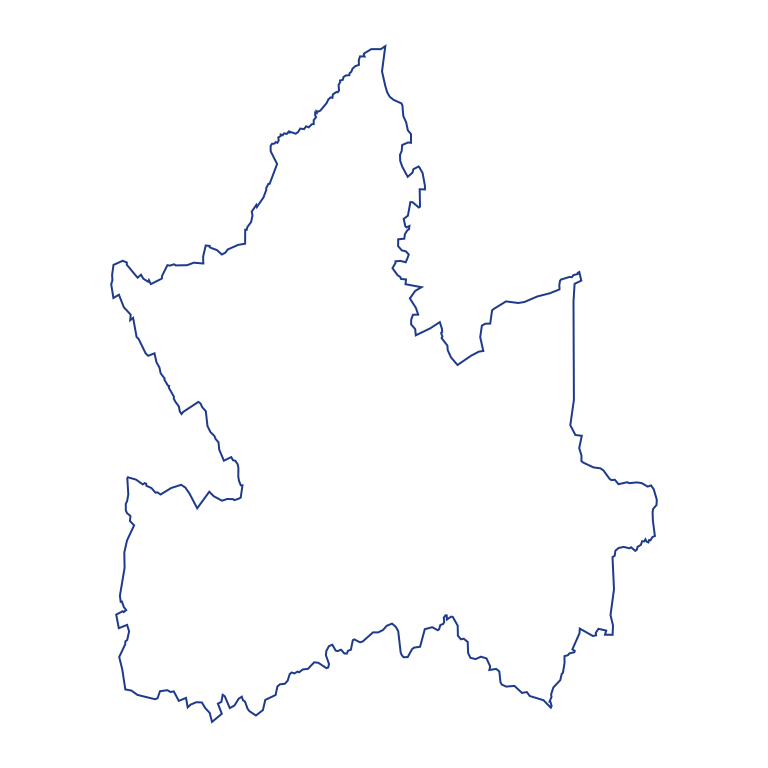 the district of Makarfi, Kaduna, Nigeria
{"feature_id": "59680162B77220990792423", "entity_name": "Makarfi", "entity_type": "district", "adm_level": 2, "iso_a3": "NGA", "parent_name": "Nigeria", "parent_adm1": "Kaduna", "projection": "equal_earth", "projection_center": [7.915, 11.329], "detail": "fine", "context": "isolated", "style": "outline", "palette": "blue", "viewbox_px": 768, "rotation_deg": 0, "n_neighbors": 0, "source": "geoboundaries", "source_scale": "gbopen_adm2", "svg_char_len": 6095}
<svg xmlns="http://www.w3.org/2000/svg" viewBox="0 0 768 768"><path d="M173.8,691.4L178.8,700.9L186.0,697.9L187.7,707.4L190.6,704.6L196.4,702.2L201.9,702.5L205.1,707.9L209.7,712.9L212.0,721.9L221.8,713.8L217.9,703.7L221.4,701.8L222.7,694.8L224.8,696.3L229.8,708.1L234.5,705.5L238.6,698.8L241.8,696.7L242.9,700.1L245.0,701.6L247.6,708.8L249.5,711.2L255.9,715.5L262.9,710.1L265.3,699.9L275.6,695.0L277.4,686.5L280.0,684.3L284.8,683.8L287.7,680.6L289.7,674.1L291.6,672.5L294.5,673.4L297.5,671.6L299.1,672.3L302.9,669.4L307.9,668.9L314.2,662.3L318.3,662.8L326.4,668.1L328.2,667.5L329.0,664.0L325.9,655.2L326.3,651.1L328.9,646.2L332.3,644.7L335.7,650.6L337.6,651.1L341.0,649.7L344.4,653.5L346.8,653.6L348.0,650.8L350.9,649.7L352.8,640.2L354.3,639.4L360.0,642.3L362.7,641.5L373.0,632.4L378.2,632.4L383.0,630.0L386.7,625.8L392.0,623.6L395.7,626.7L398.2,631.1L400.7,652.7L401.9,655.3L403.5,657.2L407.7,657.1L411.9,649.4L413.9,647.7L420.1,646.7L424.8,629.2L432.2,627.2L437.7,630.2L439.0,629.4L440.4,625.0L443.1,624.0L444.2,622.3L443.8,617.6L445.5,615.3L446.7,615.4L446.9,619.5L451.2,616.6L452.8,617.0L457.7,625.7L457.9,635.7L460.9,639.3L463.7,638.7L467.7,641.9L468.1,653.0L470.4,657.8L475.6,659.1L480.9,656.7L486.5,658.4L490.2,666.4L489.4,670.0L496.1,668.9L499.3,671.4L500.5,682.3L501.7,684.5L506.2,686.6L514.4,685.9L522.0,692.9L526.9,692.1L529.7,696.0L543.5,700.2L550.8,707.7L551.6,706.1L550.5,702.0L549.5,701.6L551.5,697.0L551.1,694.3L553.4,687.4L560.3,680.1L561.7,674.0L562.9,672.8L564.5,663.5L564.5,656.1L567.9,655.2L569.4,653.4L574.4,652.2L574.7,650.8L572.4,649.3L579.5,633.3L579.8,628.6L592.9,636.0L596.1,635.3L595.8,632.7L598.5,628.8L606.2,630.6L605.0,634.7L612.6,634.8L613.0,625.5L610.5,615.0L614.0,589.3L612.5,557.1L614.7,555.7L615.4,550.7L618.6,548.0L623.6,546.9L629.5,548.3L631.1,547.3L635.3,550.9L637.0,549.5L637.4,547.0L640.8,544.9L642.2,541.2L644.3,541.4L645.4,539.3L646.7,541.6L648.4,542.4L649.2,540.0L650.4,540.3L652.5,537.0L654.9,536.0L652.9,520.8L652.6,511.8L653.2,508.8L656.5,505.0L656.8,499.7L653.7,489.2L651.0,485.4L647.7,486.6L641.7,483.1L636.8,482.4L629.2,483.2L627.3,482.2L618.5,484.2L614.9,479.8L611.5,480.1L609.7,479.0L603.4,470.4L600.4,468.3L593.4,467.4L582.9,462.4L581.4,461.1L581.5,455.7L579.2,448.1L581.8,435.8L575.4,435.0L570.3,425.2L573.9,399.9L573.5,301.2L574.6,283.8L581.3,280.6L579.3,272.0L577.7,272.9L577.6,274.1L573.4,275.1L571.9,277.2L569.3,277.0L560.9,279.6L560.0,280.9L559.3,285.2L559.5,289.4L549.7,293.3L537.2,296.5L524.4,302.0L518.2,303.0L506.0,301.4L494.0,308.8L492.1,310.3L490.2,323.6L485.3,323.7L481.9,325.6L480.2,337.1L483.3,351.0L478.9,351.6L471.1,355.7L457.5,365.0L450.9,357.2L447.7,350.1L447.4,345.6L441.6,338.1L442.4,336.6L441.1,333.0L442.2,331.9L441.9,328.6L439.8,322.1L430.3,328.3L415.8,335.3L415.2,329.1L411.1,324.4L411.2,319.7L412.9,314.8L418.2,314.6L415.9,307.9L409.9,298.4L415.2,290.9L421.5,287.2L405.5,284.2L406.0,279.4L401.1,279.0L400.2,276.9L397.6,275.2L392.5,268.2L395.5,262.9L395.5,261.3L400.5,260.9L405.7,262.3L407.5,258.0L408.8,254.5L405.8,251.3L401.8,250.4L398.1,246.1L398.2,239.3L404.3,238.7L404.9,234.2L407.4,230.2L409.0,229.3L409.4,226.0L406.5,227.4L405.3,226.2L403.7,218.9L407.9,215.7L410.4,202.1L412.6,202.2L418.8,207.5L420.0,206.7L419.7,189.3L425.0,189.4L424.9,185.6L422.6,173.1L419.3,167.2L418.6,166.5L413.4,169.2L412.5,172.6L407.7,176.8L402.3,166.8L400.2,160.9L400.0,154.8L401.7,151.0L402.2,145.0L408.0,142.5L411.0,142.8L411.0,134.2L407.8,130.2L406.2,122.5L403.3,116.0L402.4,105.4L401.4,103.4L393.5,99.8L389.8,96.8L387.3,92.6L385.3,86.0L382.0,71.4L385.3,46.1L380.9,49.1L371.3,49.1L364.2,53.4L363.7,54.6L364.6,56.5L360.0,56.4L358.8,60.1L358.9,64.9L355.2,66.2L352.5,68.7L351.3,71.8L349.6,73.2L349.3,75.2L345.8,75.5L343.5,77.0L342.8,79.8L340.0,80.5L340.2,82.0L338.6,85.0L339.0,90.5L337.7,92.3L336.4,92.0L332.9,94.4L332.4,97.8L330.6,97.4L328.4,99.4L326.6,103.1L320.3,110.6L317.8,111.8L316.5,111.0L316.6,113.1L315.2,112.5L315.1,115.2L316.1,117.1L313.7,120.2L313.7,124.1L311.9,124.2L308.7,127.3L306.1,126.3L304.1,129.1L300.2,128.6L298.1,132.0L295.7,133.7L289.2,131.5L289.3,132.6L287.9,132.4L286.7,134.0L284.1,133.3L282.6,135.3L280.7,134.5L280.6,136.1L278.3,137.5L278.7,140.4L277.4,142.8L275.9,142.1L274.4,143.6L272.0,143.8L270.6,146.0L270.7,151.3L277.1,164.0L269.6,183.9L268.3,183.9L266.2,188.1L266.3,189.8L263.5,197.4L256.9,207.0L256.3,204.9L251.8,211.5L252.5,215.6L251.1,222.0L247.3,227.2L246.7,229.8L245.2,229.7L245.1,243.7L238.1,244.9L227.7,249.5L225.3,252.7L221.8,254.5L217.0,250.1L210.8,247.8L209.5,246.9L209.6,245.9L205.7,245.5L203.1,256.7L203.3,263.5L193.8,262.7L187.1,265.2L175.7,265.4L174.1,264.3L169.9,265.6L167.4,265.2L162.2,275.6L161.8,278.6L150.8,284.1L148.9,280.1L148.1,281.7L143.3,278.7L141.0,274.7L137.6,277.7L126.8,264.8L126.8,262.5L122.7,260.8L113.5,264.9L112.1,274.9L112.4,280.4L111.2,284.2L113.4,298.0L118.9,294.7L123.8,307.2L130.7,314.7L130.2,320.2L133.1,317.9L136.6,337.0L138.6,338.9L145.6,353.3L148.2,355.8L154.5,353.3L156.5,362.4L159.4,367.4L160.7,373.4L164.6,378.5L164.4,379.6L167.8,385.5L169.1,385.9L168.9,387.9L173.9,396.6L173.7,398.4L175.1,401.3L178.9,406.5L179.8,411.5L181.5,414.0L183.2,411.9L198.4,401.9L200.4,403.4L202.4,407.4L205.8,411.2L207.5,426.1L210.4,432.0L214.4,436.0L215.6,439.0L218.5,442.3L219.2,449.5L223.9,460.7L231.2,457.1L233.0,460.2L235.3,460.8L237.7,464.3L238.4,467.8L238.3,476.9L239.1,481.2L240.8,485.3L242.5,485.3L240.7,497.6L238.2,498.9L234.3,500.1L232.9,499.1L227.1,499.0L222.0,500.7L213.7,496.2L209.3,491.7L197.2,508.3L189.5,493.6L185.4,487.6L181.2,484.8L171.2,488.0L160.6,494.5L157.4,492.3L155.5,492.7L151.4,488.0L146.4,485.8L146.2,483.8L144.7,483.1L142.8,484.4L136.0,479.6L127.9,477.3L127.3,478.3L128.3,494.4L127.1,501.2L125.8,503.8L125.8,510.3L127.0,513.1L130.5,516.1L129.9,521.0L134.1,525.3L127.0,540.5L124.3,552.5L124.6,567.8L119.9,595.8L120.7,601.8L121.9,601.5L123.9,607.2L126.2,610.1L123.7,612.1L122.8,611.2L116.2,614.6L118.8,628.2L127.1,624.9L129.1,631.4L127.2,640.0L125.4,641.3L125.2,644.3L119.2,657.0L122.3,669.6L125.3,689.4L131.5,690.6L137.4,694.9L155.0,699.2L157.5,698.3L160.0,691.2L167.5,690.2L170.4,692.0L173.8,691.4Z" fill="none" stroke="#1e3a8a" stroke-width="2"/></svg>